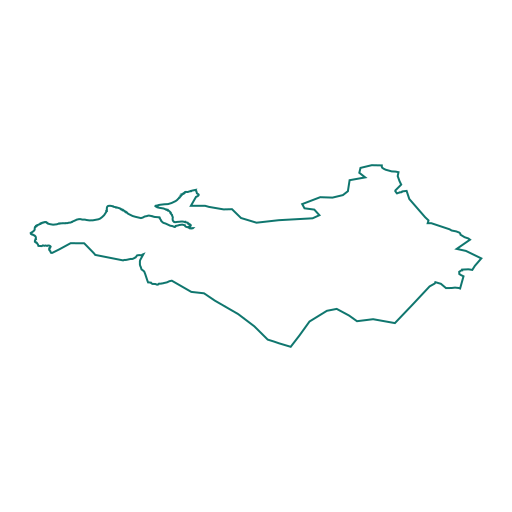 the district of Lærdal nor, Sogn og Fjordane, Norway
{"feature_id": "86288312B68265317088275", "entity_name": "Lærdal nor", "entity_type": "district", "adm_level": 2, "iso_a3": "NOR", "parent_name": "Norway", "parent_adm1": "Sogn og Fjordane", "projection": "robinson", "projection_center": [7.33, 61.039], "detail": "fine", "context": "isolated", "style": "outline", "palette": "teal", "viewbox_px": 512, "rotation_deg": 0, "n_neighbors": 0, "source": "geoboundaries", "source_scale": "gbopen_adm2", "svg_char_len": 5904}
<svg xmlns="http://www.w3.org/2000/svg" viewBox="0 0 512 512"><path d="M394.9,323.1L413.5,303.6L429.6,286.4L434.6,283.6L435.3,282.7L435.4,282.2L440.9,283.8L446.0,288.1L451.7,288.0L455.0,287.6L458.8,288.0L460.1,288.5L463.5,276.3L460.8,275.0L459.3,274.0L459.2,271.8L460.7,270.8L461.6,270.3L462.0,270.3L461.9,269.9L462.0,269.6L468.5,269.3L472.3,269.9L474.9,265.8L481.3,258.4L465.9,250.9L456.7,248.9L470.0,239.7L468.8,238.8L468.2,238.4L464.6,237.2L463.3,236.4L460.5,234.7L460.2,233.4L459.6,232.9L459.1,232.5L456.2,231.4L451.6,230.5L449.6,229.3L431.3,223.2L427.7,223.2L428.5,220.4L425.1,217.2L409.3,199.0L406.6,190.9L402.4,191.4L402.2,191.5L402.1,191.8L401.5,191.9L401.1,192.3L399.7,192.3L399.4,192.6L398.5,192.8L397.0,193.4L396.9,193.4L395.3,191.2L395.4,190.4L401.2,184.6L399.5,181.1L397.7,176.1L398.5,172.2L395.7,171.6L391.7,171.4L385.6,169.7L383.6,168.7L382.2,167.7L381.8,166.8L381.8,165.4L371.7,165.2L360.5,167.9L359.3,172.8L365.2,177.4L349.6,180.2L347.9,191.2L342.9,195.1L332.5,197.6L320.2,197.2L302.2,204.1L304.5,208.3L314.3,209.6L319.4,215.2L312.6,218.3L278.7,220.2L256.5,222.7L241.0,218.0L232.0,209.2L223.6,209.4L209.0,206.9L205.1,205.8L190.9,205.8L196.0,196.9L197.6,196.2L198.5,195.4L198.7,194.8L198.5,194.4L196.9,193.3L196.5,191.7L196.3,191.3L196.3,191.0L195.4,190.3L195.6,189.9L193.1,190.4L191.0,190.9L191.0,191.2L189.3,191.4L188.7,191.7L187.6,192.0L185.5,191.9L184.8,192.2L184.6,193.0L184.2,193.0L184.2,193.3L183.7,193.6L183.3,193.6L183.3,193.9L182.0,194.2L182.0,194.5L181.5,194.5L181.6,194.8L181.2,195.6L180.9,195.8L180.6,195.8L180.7,196.2L180.5,196.5L179.8,197.2L179.5,197.7L179.1,197.7L179.0,198.1L178.3,198.7L177.1,200.0L175.6,201.1L171.6,203.0L168.0,204.1L164.1,204.3L159.9,204.8L158.4,205.1L158.3,205.4L155.8,205.7L155.4,206.1L155.8,206.5L156.5,206.8L157.2,207.3L159.4,207.8L163.6,208.5L165.5,209.3L166.1,209.4L166.1,209.6L167.1,209.7L167.1,209.9L167.6,209.9L167.6,210.2L168.0,210.3L168.0,210.5L168.4,210.5L168.9,210.9L169.9,211.7L170.3,212.1L170.3,212.8L170.8,213.0L170.7,213.3L171.1,214.0L171.7,214.5L171.9,214.7L171.9,215.1L172.1,215.2L172.3,216.2L172.5,216.5L172.8,217.3L172.6,218.9L172.7,220.0L172.9,220.7L173.7,221.6L174.2,221.8L174.2,222.0L174.8,222.2L176.1,222.1L177.2,221.9L179.9,221.7L181.2,221.5L182.5,221.5L184.6,221.9L185.2,221.8L185.2,222.2L187.7,222.7L187.8,223.1L188.1,223.4L188.6,223.6L188.5,223.9L188.9,224.0L189.1,224.3L189.8,224.4L189.8,224.5L190.0,224.5L190.8,225.2L190.5,226.0L189.9,226.8L189.1,227.3L189.1,227.7L190.3,228.2L191.3,228.3L192.2,228.1L193.0,228.1L192.9,228.2L192.3,228.3L191.8,228.5L189.9,228.1L189.8,228.3L188.6,227.6L188.8,227.4L188.6,227.1L188.4,227.1L188.4,226.9L187.5,227.2L186.1,226.8L185.3,226.3L184.9,225.6L184.9,225.3L182.2,224.6L179.4,225.0L177.9,225.5L175.7,225.9L175.7,226.3L175.1,226.9L174.5,227.0L172.5,226.1L170.2,225.7L165.5,223.5L163.8,223.0L162.7,222.4L161.1,220.8L161.1,220.4L160.9,220.2L160.7,219.7L160.1,218.9L159.9,218.1L159.6,217.5L159.2,217.5L159.2,217.3L154.1,216.9L153.9,216.7L152.7,216.4L152.4,216.4L152.3,216.2L149.1,215.6L148.3,215.6L146.8,216.1L144.7,216.5L142.7,217.6L140.9,218.1L135.4,216.8L132.6,216.0L128.6,214.0L127.6,213.4L127.3,212.9L126.7,212.6L126.6,212.3L126.2,212.3L126.2,212.1L125.6,212.0L125.6,211.8L125.2,211.8L124.9,211.4L124.8,211.1L123.3,210.5L123.3,210.3L122.9,210.3L122.9,210.0L122.3,209.9L122.3,209.7L121.9,209.7L121.3,209.5L121.3,209.2L120.8,209.1L120.7,208.9L120.4,208.9L120.0,208.4L117.3,207.6L116.3,207.6L116.3,207.3L113.3,206.7L113.1,206.3L110.4,205.8L109.0,205.8L108.1,206.0L107.6,206.3L107.1,207.0L106.8,208.2L106.9,210.2L106.7,210.5L106.8,210.9L106.4,210.9L106.5,211.3L106.2,211.6L106.2,212.0L104.1,215.2L102.1,217.1L100.5,218.3L99.9,218.7L98.4,219.3L93.0,220.3L89.4,220.4L86.5,220.0L84.9,219.6L82.3,219.6L80.4,219.1L79.1,219.1L76.5,219.7L75.9,220.1L72.0,221.8L72.0,222.0L70.3,222.6L68.8,222.7L67.5,223.1L65.4,223.1L65.2,223.3L62.6,223.2L62.4,223.3L59.4,223.4L59.4,223.7L58.6,223.7L56.8,224.3L53.1,224.7L50.2,224.2L47.8,223.6L46.9,222.9L47.0,222.7L46.4,222.6L46.0,222.0L44.3,222.1L44.0,222.3L43.4,222.4L43.4,222.6L42.8,222.6L41.7,222.9L41.7,223.1L41.2,223.2L41.2,223.4L40.4,223.5L40.3,224.0L39.3,224.2L38.8,224.7L37.5,225.0L37.1,225.2L37.1,225.5L36.5,225.5L36.2,225.7L36.2,226.1L35.8,226.1L35.5,227.0L35.1,227.0L35.0,227.4L34.7,228.0L34.7,229.4L34.4,230.0L34.3,230.4L32.8,231.7L30.7,233.0L30.8,233.7L31.0,234.0L32.0,234.3L32.0,234.5L33.0,234.7L33.2,235.0L33.9,235.1L34.5,235.8L34.9,235.8L35.0,236.0L35.4,236.3L35.6,236.6L35.9,237.7L35.9,238.5L35.7,238.8L35.8,239.1L35.5,239.1L35.0,240.6L34.9,240.8L34.9,241.6L35.1,241.7L35.2,242.0L35.6,242.1L35.8,242.4L36.2,242.4L36.3,242.7L36.8,242.8L36.9,243.2L37.9,244.4L38.4,245.9L41.8,246.1L42.5,245.6L42.9,245.4L44.4,245.8L45.6,245.5L47.1,245.9L47.9,245.5L48.8,245.5L49.5,245.7L49.7,245.9L50.2,246.1L50.2,246.4L50.5,246.7L50.4,246.8L50.3,247.5L49.8,247.8L49.8,248.0L49.3,248.1L49.2,248.3L49.4,248.7L49.2,249.3L49.4,249.5L49.3,249.9L49.4,250.2L49.8,250.5L49.9,250.8L50.3,251.1L50.8,252.5L51.0,252.8L51.3,252.9L52.2,252.9L59.4,249.3L70.6,243.2L84.2,243.3L92.6,251.9L94.3,253.7L95.2,254.9L123.1,260.4L124.1,260.0L125.0,259.9L125.7,260.0L127.7,259.6L128.9,259.3L130.9,258.9L131.9,259.0L132.9,258.8L133.7,258.3L134.5,258.1L135.1,257.5L135.6,257.4L137.1,255.4L138.3,255.2L139.7,255.1L140.9,255.3L141.8,255.2L142.1,255.0L142.4,254.6L143.4,254.2L140.2,260.0L139.9,261.2L139.9,264.5L140.2,265.8L140.8,267.1L141.5,269.4L142.8,270.3L144.2,271.5L145.2,274.0L147.3,280.4L148.1,282.4L150.1,282.5L150.7,282.8L151.0,282.7L151.6,283.4L152.4,283.9L155.3,284.0L157.1,284.7L158.4,284.4L158.6,283.9L158.9,283.7L160.5,283.7L161.4,283.6L161.9,283.4L162.7,283.4L164.0,283.0L165.9,282.6L167.1,282.3L169.4,281.2L171.8,280.7L191.3,291.9L204.0,293.3L214.8,300.6L238.2,314.1L254.3,326.3L267.7,339.6L273.8,341.5L279.0,343.3L290.7,346.8L299.5,335.4L309.5,321.5L326.9,310.8L336.7,308.9L349.0,315.5L357.0,321.2L373.1,319.2L394.9,323.1Z" fill="none" stroke="#0f766e" stroke-width="2"/></svg>